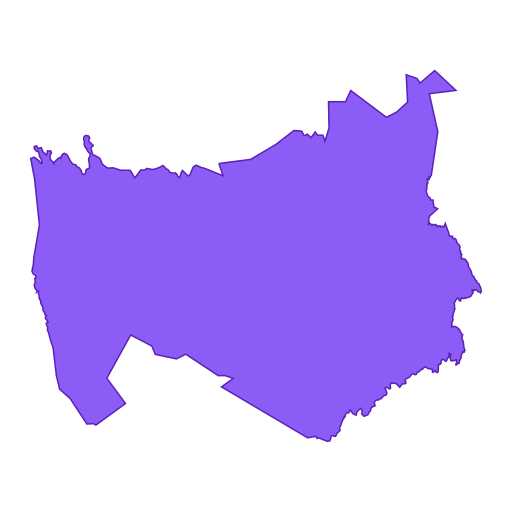 Moris, Chihuahua, Mexico
{"feature_id": "50627088B15555770686399", "entity_name": "Moris", "entity_type": "district", "adm_level": 2, "iso_a3": "MEX", "parent_name": "Mexico", "parent_adm1": "Chihuahua", "projection": "equal_earth", "projection_center": [-108.616, 28.165], "detail": "fine", "context": "isolated", "style": "filled", "palette": "violet", "viewbox_px": 512, "rotation_deg": 0, "n_neighbors": 0, "source": "geoboundaries", "source_scale": "gbopen_adm2", "svg_char_len": 5978}
<svg xmlns="http://www.w3.org/2000/svg" viewBox="0 0 512 512"><path d="M455.9,90.4L434.7,70.6L420.0,83.1L417.0,78.5L406.2,74.7L407.6,102.1L396.6,112.1L386.4,117.3L350.7,90.5L345.5,101.7L328.5,101.7L329.0,128.0L325.0,141.2L322.9,135.2L317.5,135.1L315.2,132.0L311.0,137.7L307.4,134.2L305.1,135.4L304.1,135.3L303.3,134.5L302.2,131.7L301.1,131.0L293.9,130.5L275.8,144.5L250.6,159.4L219.6,163.4L219.0,163.9L223.0,175.7L204.6,168.3L201.5,167.6L196.6,165.3L195.1,165.5L193.0,167.4L189.8,175.0L188.8,176.0L186.9,174.8L182.4,170.4L180.8,173.4L180.2,176.2L179.2,177.6L177.9,176.4L177.1,174.6L175.5,172.8L174.0,173.2L170.3,172.6L167.8,169.5L166.3,168.9L163.3,165.8L162.5,165.6L160.8,166.8L155.3,169.0L152.2,169.5L146.9,168.4L144.3,170.1L140.8,169.9L135.0,177.7L134.5,177.6L130.9,171.2L129.9,170.3L120.7,170.2L113.2,167.8L107.7,168.1L103.8,165.4L102.6,164.3L101.3,161.9L100.4,159.2L99.4,158.0L94.4,155.2L93.2,155.1L92.7,154.5L91.0,148.4L91.1,147.7L93.0,146.0L93.2,145.4L89.0,141.4L88.7,140.0L89.7,138.2L89.0,136.5L88.2,135.8L85.7,135.5L84.5,136.2L83.7,137.7L83.7,139.9L84.5,141.1L84.1,143.4L84.6,146.0L85.8,148.1L86.6,148.6L87.1,150.4L88.7,152.5L90.3,153.7L89.9,156.4L88.8,158.0L88.6,160.0L89.3,163.5L89.5,167.6L89.2,168.2L86.2,169.5L85.4,173.2L84.9,174.0L83.3,174.4L82.4,174.0L81.2,170.7L79.4,167.9L76.5,166.5L75.9,164.8L73.1,164.2L72.2,163.5L70.1,160.5L67.5,155.5L66.1,154.0L64.1,153.3L62.5,154.3L61.5,156.0L61.7,156.7L60.4,157.3L60.4,158.4L59.1,157.9L58.3,158.2L54.5,162.0L53.9,163.6L53.4,162.2L51.0,160.4L50.1,158.0L50.1,155.3L51.4,153.2L51.2,151.9L50.5,150.7L49.1,151.3L47.8,150.7L47.3,151.0L47.0,153.9L46.3,155.0L45.4,154.4L44.9,153.4L43.3,152.5L41.2,147.5L38.2,148.5L36.6,145.9L34.9,146.2L34.2,146.9L34.0,147.9L36.0,150.9L37.3,151.4L38.3,151.3L38.6,151.7L38.6,152.6L39.3,154.1L39.5,156.6L41.1,158.7L41.9,163.3L40.4,162.9L39.1,160.9L34.8,157.5L33.9,157.2L30.7,158.5L34.6,179.1L39.4,225.0L33.8,257.7L33.3,265.0L32.3,268.7L32.7,269.4L32.2,269.8L31.9,271.0L33.2,273.9L35.5,275.4L36.0,277.2L35.9,278.0L35.0,278.1L34.8,278.7L35.1,280.6L35.0,283.8L34.2,284.5L34.8,287.7L37.2,291.6L36.9,292.1L38.5,291.2L38.7,291.6L38.4,293.9L39.2,295.7L39.1,298.4L39.9,299.1L40.0,300.1L40.8,300.9L40.7,303.0L43.0,307.6L42.9,309.4L43.4,311.2L44.7,312.8L45.0,314.8L46.6,315.9L45.4,317.1L45.3,317.9L45.9,319.2L47.2,320.3L47.2,321.2L48.1,321.7L47.6,322.8L46.4,323.0L46.2,324.0L46.9,325.9L47.7,326.8L47.4,329.9L48.6,332.8L50.4,339.8L53.1,347.8L56.4,375.7L59.6,389.2L70.1,398.5L86.9,424.0L93.5,423.7L95.9,425.1L125.5,403.5L106.8,378.2L130.7,335.0L151.8,346.0L155.3,354.4L176.5,358.9L185.8,354.2L218.3,375.7L224.9,375.6L233.2,378.4L221.5,386.9L307.6,437.8L315.7,436.4L317.2,438.5L318.7,437.9L327.6,441.4L329.9,440.8L330.6,438.9L331.1,436.0L332.7,435.5L334.0,436.3L335.3,436.4L336.0,435.8L337.0,433.3L339.8,430.9L340.0,429.6L339.5,428.1L339.7,427.5L340.5,426.1L342.5,420.4L344.4,417.5L344.0,416.8L345.4,416.1L345.4,414.4L346.1,413.6L347.1,412.7L348.8,412.9L350.1,410.0L351.0,410.8L352.6,413.5L356.1,415.2L356.8,412.4L358.6,410.0L360.0,409.2L360.5,408.4L361.2,408.9L362.3,411.3L361.6,413.7L362.3,414.7L364.1,416.3L367.4,415.0L368.6,413.7L368.9,412.5L370.5,410.8L370.9,408.5L371.6,407.3L374.9,405.9L375.1,405.2L374.5,403.9L374.3,402.5L375.3,400.8L376.7,399.9L378.4,400.1L379.6,398.8L381.2,398.8L383.7,395.7L386.1,395.1L386.8,393.7L386.8,392.4L385.7,389.6L385.0,389.0L385.0,388.3L386.6,387.2L389.4,388.9L390.3,388.7L390.6,387.9L390.2,385.6L390.8,383.1L395.6,383.4L397.0,384.3L399.7,387.3L402.0,384.4L403.6,383.6L404.7,383.9L405.9,383.1L406.0,382.3L405.2,380.7L405.2,379.8L406.1,378.8L409.6,377.1L411.8,374.1L412.8,373.6L415.1,374.7L416.3,374.4L416.9,372.6L418.8,371.9L420.6,370.1L422.8,368.9L424.0,367.6L425.5,366.8L428.0,368.6L432.4,369.3L432.4,371.8L432.7,372.3L433.6,372.1L434.8,370.6L436.5,372.4L437.3,372.6L438.2,371.6L438.5,364.7L439.1,364.2L439.9,364.5L441.3,362.9L441.0,361.0L442.0,359.7L443.6,359.4L445.1,361.0L446.4,361.2L447.5,358.5L448.7,357.1L448.7,355.9L449.1,355.1L448.8,353.6L449.5,353.1L451.2,354.7L450.8,355.5L449.7,355.8L450.7,360.5L451.2,360.9L454.2,360.6L456.5,359.7L456.6,362.3L455.8,364.3L456.1,365.0L457.8,363.6L459.2,363.1L459.5,360.9L461.2,357.5L461.2,355.6L462.4,352.3L462.7,351.7L463.8,352.4L464.2,352.1L464.4,350.8L465.0,350.5L464.0,347.9L463.3,342.1L461.7,337.4L462.3,336.6L462.6,334.8L462.2,334.9L459.6,329.9L458.3,328.4L455.7,326.7L453.2,326.4L451.7,327.0L451.9,325.8L451.6,325.1L452.0,324.0L451.7,323.3L453.0,319.9L452.8,317.9L452.3,317.1L453.1,315.8L453.2,313.6L454.2,311.3L454.4,309.5L455.0,309.0L454.4,307.3L454.6,305.0L454.1,303.2L454.5,302.3L455.0,302.0L455.4,300.7L457.5,297.9L458.5,298.5L459.0,300.0L460.1,301.0L460.6,300.8L460.8,298.8L461.9,298.5L461.9,298.0L463.9,298.6L464.5,298.0L465.8,298.2L470.6,296.5L473.2,292.4L472.8,291.2L472.0,290.6L472.1,289.9L474.9,290.4L475.9,289.6L476.7,289.7L477.8,291.5L480.0,292.1L480.4,292.9L481.3,291.8L480.7,287.9L478.8,283.6L477.3,283.0L476.5,280.7L475.6,280.2L473.6,276.3L472.4,275.5L471.7,273.9L471.5,272.0L468.2,265.8L468.3,264.4L467.8,262.9L466.7,261.8L466.8,261.2L466.2,260.4L465.5,260.4L464.9,259.0L462.7,258.9L462.2,258.3L461.4,258.7L461.1,256.3L461.8,254.6L461.4,254.3L461.2,253.3L460.2,252.4L460.7,251.4L459.5,249.1L460.0,247.5L459.5,245.2L457.2,243.1L456.0,239.5L454.7,238.3L453.7,238.9L452.2,237.5L452.6,236.4L449.2,235.8L449.1,234.0L445.3,223.5L444.2,226.4L443.2,226.7L442.4,226.1L441.5,226.9L440.5,226.8L440.2,225.9L439.0,225.8L438.7,226.4L437.4,226.8L436.8,225.1L435.7,225.4L435.4,224.5L434.0,225.1L432.9,224.4L431.8,225.4L431.1,224.2L429.8,223.5L428.6,224.1L428.0,225.0L428.2,224.1L429.2,222.6L428.7,219.8L429.4,216.3L437.6,208.8L435.6,207.6L434.0,207.4L432.9,200.0L430.7,200.0L429.9,197.7L428.8,197.2L427.8,195.9L426.1,191.5L427.0,187.8L426.7,187.2L427.1,185.1L426.7,184.8L426.7,184.1L427.7,183.3L427.9,182.7L427.1,179.2L428.2,178.8L428.4,179.5L429.2,179.5L429.4,178.9L429.0,178.2L429.0,176.7L430.3,177.2L430.6,176.0L431.3,175.3L437.8,131.7L429.3,93.7L455.9,90.4Z" fill="#8b5cf6" stroke="#5b21b6" stroke-width="1.5"/></svg>